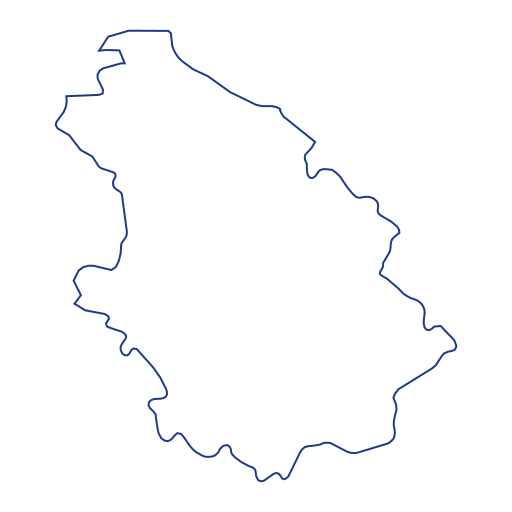 the border of Haute-Marne
{"feature_id": "FRA-5300", "entity_name": "Haute-Marne", "entity_type": "Metropolitan department", "adm_level": 1, "iso_a3": "FRA", "parent_name": "France", "parent_adm1": "", "projection": "equal_earth", "projection_center": [5.241, 48.141], "detail": "fine", "context": "isolated", "style": "outline", "palette": "blue", "viewbox_px": 512, "rotation_deg": 0, "n_neighbors": 0, "source": "natural_earth", "source_scale": "10m", "svg_char_len": 3281}
<svg xmlns="http://www.w3.org/2000/svg" viewBox="0 0 512 512"><path d="M128.8,30.7L168.4,30.9L170.9,33.3L172.3,46.1L173.6,49.5L175.6,53.5L178.6,57.8L182.2,61.2L193.2,69.4L207.9,76.2L230.0,92.1L255.9,104.7L261.8,106.1L272.0,106.1L277.0,107.3L280.0,108.9L280.1,109.6L280.2,110.7L281.4,113.3L283.7,116.7L315.1,141.9L311.5,148.0L305.3,154.6L304.7,157.8L305.3,160.6L306.7,163.4L307.0,171.1L307.8,175.2L309.7,177.6L312.2,178.1L314.9,176.7L316.5,174.6L318.0,172.4L319.5,170.5L322.4,169.3L325.2,169.1L332.0,169.8L335.6,172.3L340.1,176.6L347.7,187.9L352.3,193.4L356.2,197.0L359.2,197.8L365.6,196.8L369.1,196.9L373.2,198.2L375.6,200.2L376.9,201.5L377.6,203.0L378.0,204.5L378.2,206.6L377.6,210.8L377.8,211.7L378.6,213.6L380.7,215.4L391.1,221.6L397.1,226.5L399.1,229.9L399.4,232.8L394.4,236.8L392.2,239.1L391.1,241.8L390.7,244.4L390.5,248.2L390.1,250.3L389.4,252.5L383.2,262.9L383.0,266.6L381.6,269.4L380.2,271.6L379.8,273.7L381.3,275.4L387.2,278.9L398.2,288.3L403.4,293.7L407.4,296.3L410.8,298.1L414.1,299.1L417.6,300.6L421.2,303.5L423.1,306.3L424.3,309.2L424.7,312.3L423.8,320.4L423.7,323.5L424.5,327.3L426.5,329.7L429.2,330.2L431.9,328.8L434.1,326.6L440.7,326.0L454.3,340.3L456.3,345.7L455.9,347.7L454.5,349.9L451.6,351.0L448.4,351.6L444.5,353.1L441.9,355.9L435.7,365.4L431.9,368.5L398.5,389.2L394.8,394.0L393.4,397.8L396.1,404.6L396.6,409.2L394.6,417.1L393.8,421.8L393.8,425.9L394.6,429.5L394.9,433.2L393.8,438.3L391.1,441.3L388.1,443.4L357.4,452.7L354.1,453.1L350.8,452.8L347.3,451.8L330.2,442.9L324.6,442.7L319.2,444.8L311.7,445.9L308.5,446.1L304.5,447.3L302.0,449.5L300.1,452.4L289.9,473.3L288.5,476.2L286.9,477.8L284.7,479.2L282.3,478.6L280.4,475.6L278.5,473.5L275.7,473.0L273.0,474.3L264.0,480.7L260.8,481.3L258.2,480.2L256.2,476.1L255.4,470.3L254.3,468.7L252.5,467.3L248.9,466.1L241.0,461.9L235.2,457.5L232.2,454.5L231.0,451.6L230.8,449.0L229.7,446.8L227.5,445.1L223.8,445.6L221.6,447.2L219.6,449.5L218.6,451.9L216.7,454.0L214.3,455.8L211.4,456.6L208.3,456.9L205.1,456.7L202.0,455.5L195.8,451.9L192.5,449.0L189.2,445.0L184.1,437.5L181.0,433.9L177.2,433.2L175.2,434.9L171.6,439.1L169.9,440.3L167.5,441.2L164.4,440.5L161.2,438.2L158.6,433.2L157.7,429.4L155.9,417.6L155.8,415.1L155.8,414.6L153.4,411.4L150.2,408.4L148.5,405.4L149.1,402.0L151.4,400.0L154.4,399.0L160.6,398.7L163.5,398.1L166.0,396.5L167.0,394.2L166.9,391.6L166.0,388.8L160.1,377.3L153.1,367.4L136.8,349.1L133.5,348.5L131.7,349.7L129.2,353.8L127.2,355.4L124.6,355.2L122.3,353.5L120.6,349.7L120.7,346.6L121.9,343.9L125.2,339.3L126.0,337.3L126.1,335.7L124.7,333.8L121.8,331.7L110.5,328.0L107.0,326.5L106.0,323.5L109.0,318.7L108.3,316.3L104.7,314.0L85.2,310.3L74.5,303.7L80.9,295.2L73.6,280.6L78.7,270.5L83.4,267.1L88.5,265.7L93.7,265.8L111.3,270.0L115.7,267.2L118.8,261.0L120.6,253.7L121.2,244.5L121.6,243.1L125.6,237.5L126.6,235.1L126.9,231.8L121.9,194.5L121.1,192.8L119.8,191.6L116.0,189.2L114.3,187.4L113.2,185.1L113.0,182.2L113.6,180.2L115.5,176.9L115.6,175.0L114.8,173.3L113.4,172.3L101.3,168.3L98.9,166.6L92.3,156.5L80.6,150.0L69.2,135.2L57.7,128.5L55.7,125.0L56.6,121.7L63.8,111.9L65.8,106.9L66.7,101.6L66.3,96.2L98.8,94.9L102.7,93.5L103.0,89.7L97.6,78.5L97.6,74.4L99.8,70.5L103.2,68.3L121.3,63.3L124.7,63.3L119.4,50.4L106.0,50.0L99.1,50.7L108.2,36.7L128.8,30.7Z" fill="none" stroke="#1e3a8a" stroke-width="2"/></svg>